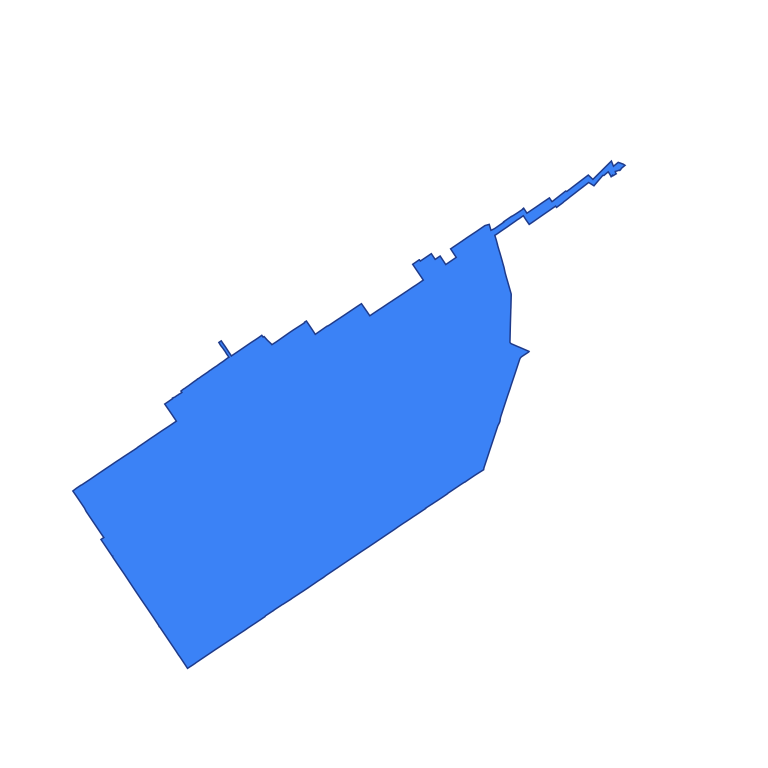 the district of Valle Hermoso, Tamaulipas, Mexico, rotated 56°
{"feature_id": "50627088B70713462324597", "entity_name": "Valle Hermoso", "entity_type": "district", "adm_level": 2, "iso_a3": "MEX", "parent_name": "Mexico", "parent_adm1": "Tamaulipas", "projection": "mercator", "projection_center": [-97.883, 25.782], "detail": "fine", "context": "isolated", "style": "filled", "palette": "blue", "viewbox_px": 768, "rotation_deg": 56, "n_neighbors": 0, "source": "geoboundaries", "source_scale": "gbopen_adm2", "svg_char_len": 5165}
<svg xmlns="http://www.w3.org/2000/svg" viewBox="0 0 768 768"><g transform="rotate(56 384 384)"><path d="M372.1,705.6L375.2,705.6L375.2,705.3L376.1,705.7L385.8,705.7L396.0,705.6L396.5,705.6L406.4,705.7L417.1,705.8L426.8,705.8L427.0,705.8L437.6,705.7L447.8,705.7L458.0,705.8L459.5,706.1L460.5,705.8L468.4,705.8L469.0,705.8L478.6,705.8L479.1,705.8L488.6,705.8L489.3,705.8L493.9,705.9L495.4,705.8L499.6,705.8L509.9,705.9L510.0,696.6L509.9,695.7L509.9,684.9L509.9,674.7L509.9,671.9L510.0,664.7L510.0,663.9L510.1,654.0L510.1,653.2L510.2,643.1L510.3,636.6L510.2,632.9L510.3,622.4L510.3,612.7L509.9,612.0L510.0,601.7L509.9,601.4L510.0,591.5L510.1,591.2L510.4,580.9L510.3,580.5L510.4,570.4L510.5,567.0L510.5,559.9L510.4,549.3L510.5,542.0L510.3,539.3L510.3,528.7L510.3,518.2L510.3,517.9L510.3,507.8L510.3,506.3L510.3,496.3L510.4,486.7L510.4,476.8L510.4,466.1L510.4,455.5L510.3,452.4L510.3,448.5L510.3,446.1L510.3,445.6L510.4,442.4L510.4,434.9L510.4,434.7L510.5,424.2L510.5,419.0L510.2,418.9L510.4,409.6L510.5,403.3L510.5,392.6L510.3,392.3L510.3,391.7L510.3,385.4L510.3,383.3L510.3,382.8L510.3,376.2L510.4,372.1L510.6,371.9L510.5,366.4L510.5,363.4L510.5,359.6L510.8,349.3L510.4,349.0L509.3,347.9L500.1,336.0L498.6,334.1L482.3,313.0L480.7,310.1L479.7,308.7L477.8,307.0L476.5,305.6L471.1,298.7L463.1,288.4L458.5,282.3L456.4,279.7L448.5,269.4L439.2,257.4L438.8,256.7L438.5,255.9L438.4,255.3L438.3,254.6L438.4,246.2L438.1,245.5L433.1,248.7L429.0,251.3L428.8,251.5L428.5,251.7L423.0,255.2L421.8,256.0L421.5,256.1L421.1,256.2L420.8,256.3L420.4,256.3L420.1,256.3L419.7,256.2L419.4,256.0L419.2,255.8L413.7,251.9L404.7,245.5L395.8,239.1L392.7,236.9L392.1,236.4L382.8,229.8L382.1,229.3L381.1,228.6L380.4,228.2L372.8,225.7L366.0,223.5L365.0,223.2L359.6,221.4L354.4,219.3L350.1,217.9L349.0,217.5L340.4,214.7L337.4,213.8L331.8,212.0L331.8,211.9L327.1,210.3L323.4,209.2L322.7,209.0L322.8,207.7L322.8,206.0L322.7,201.4L322.7,201.1L322.7,200.9L322.7,199.4L322.7,194.2L322.6,190.8L322.5,184.2L322.4,181.1L322.5,180.1L322.4,174.4L327.6,174.5L332.9,174.4L332.9,170.2L332.7,159.1L332.5,142.3L334.1,142.2L333.7,134.1L333.4,132.6L333.4,131.1L333.2,128.3L332.9,125.2L332.7,121.8L332.2,114.5L331.4,101.6L337.1,99.1L333.4,86.0L334.1,85.0L333.8,82.5L333.6,80.7L333.5,79.5L336.5,79.5L339.2,79.8L338.8,77.8L339.4,77.9L339.6,73.9L338.4,73.9L337.1,73.4L337.8,71.3L338.4,69.0L338.8,69.0L338.6,67.8L338.0,66.8L337.5,61.9L336.8,62.2L335.7,62.6L335.1,63.0L334.3,63.6L333.3,64.3L332.6,64.8L332.0,65.3L331.4,65.8L331.2,65.9L331.8,72.0L326.3,70.8L328.0,79.7L331.2,96.4L325.0,97.8L326.6,124.8L325.6,125.5L326.1,132.6L326.2,133.9L326.8,142.3L326.7,142.8L322.2,142.8L322.2,143.2L322.2,149.0L322.2,151.5L322.3,159.1L322.3,161.3L322.3,170.0L316.3,169.9L316.4,171.1L316.7,171.2L316.7,179.2L316.5,184.4L316.3,184.5L316.4,194.1L316.8,194.1L316.8,194.3L316.9,199.5L317.0,205.2L316.8,207.0L316.4,209.4L310.5,207.5L310.3,208.1L309.2,211.4L309.1,211.8L309.2,222.1L309.1,232.3L309.1,232.6L309.2,243.0L309.2,246.2L309.2,253.2L315.8,253.3L319.4,253.3L319.5,266.0L309.3,265.9L309.3,271.9L302.4,271.9L302.4,275.0L302.4,277.1L302.4,279.3L302.4,280.9L302.4,285.2L300.8,285.2L300.7,285.4L300.8,291.7L300.8,293.3L306.7,293.3L309.2,293.3L319.8,293.3L319.9,301.8L319.8,305.7L319.8,309.9L319.8,314.1L319.8,318.3L319.7,326.7L319.6,335.1L319.6,339.1L319.6,343.2L319.5,347.8L319.5,352.9L319.5,357.6L309.3,357.7L304.8,357.8L304.7,362.7L304.7,368.6L304.7,374.0L304.7,379.4L304.6,388.0L304.6,389.4L304.6,392.3L304.6,396.2L304.5,396.5L304.6,397.3L304.2,398.8L304.2,401.2L304.4,413.2L298.9,413.1L288.4,413.1L288.3,414.8L288.3,415.2L288.4,415.5L288.8,415.7L288.7,420.8L288.5,429.0L288.5,431.1L288.5,433.2L288.5,433.7L288.8,448.4L288.8,450.6L288.7,454.9L288.4,454.9L282.5,456.2L278.1,456.8L277.6,456.9L277.5,458.0L275.3,458.1L275.4,462.2L275.4,466.1L275.3,470.3L275.3,472.6L275.4,486.5L275.4,494.9L274.6,494.8L271.0,494.8L264.1,494.7L260.7,494.8L257.2,494.8L257.2,497.7L260.9,497.9L264.2,497.6L264.3,497.6L264.5,497.6L264.9,497.6L265.1,497.6L265.3,497.6L265.6,497.6L265.8,497.6L266.0,497.6L266.4,497.6L266.6,497.6L266.9,497.6L267.1,497.6L267.3,497.6L267.5,497.5L271.1,497.7L274.6,497.6L275.1,497.6L275.0,498.6L275.1,500.9L275.2,502.9L275.3,504.2L275.3,505.7L275.3,507.1L275.3,508.6L275.4,511.3L275.5,512.7L275.4,514.1L275.4,515.5L275.4,517.4L275.4,518.1L275.5,519.6L275.4,520.9L275.5,522.2L275.6,523.6L275.6,524.6L275.6,525.1L275.6,527.6L275.6,528.9L275.6,530.9L275.7,533.1L275.7,535.1L275.5,535.7L275.8,537.1L275.7,538.3L275.8,539.6L275.8,540.9L275.9,542.2L275.9,543.4L276.0,544.2L276.0,545.6L276.1,546.1L276.1,547.4L276.1,550.0L276.2,551.3L276.1,552.6L276.1,553.6L276.2,554.7L276.2,555.0L276.3,556.3L278.0,556.3L278.0,558.3L277.8,560.2L277.9,560.6L277.8,562.6L277.9,564.7L277.4,566.7L277.4,567.3L277.9,567.4L278.0,577.0L288.4,576.9L298.7,576.9L298.7,587.6L298.6,593.7L298.6,597.7L298.6,608.1L298.7,618.6L298.7,619.0L298.7,623.1L298.9,625.2L298.7,639.5L298.6,650.1L298.6,660.3L298.6,670.8L298.7,681.2L298.6,691.3L298.4,691.9L298.4,697.0L298.7,701.8L309.1,701.7L318.6,701.7L319.4,701.7L323.1,702.2L329.6,702.2L334.7,702.2L340.1,702.2L350.4,702.2L354.6,702.1L354.6,705.6L372.1,705.6Z" fill="#3b82f6" stroke="#1e3a8a" stroke-width="1.5"/></g></svg>